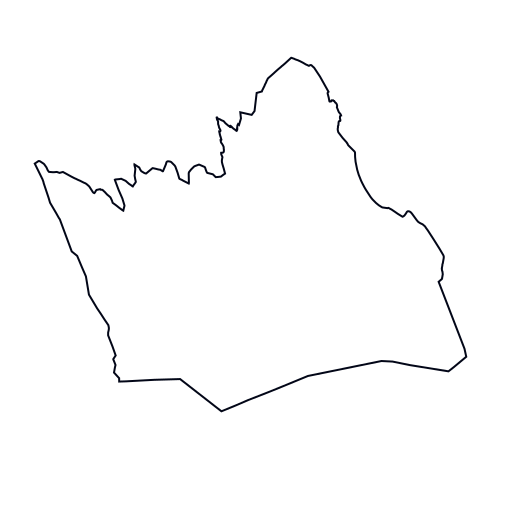 the district of Hattfjelldal nor, Nordland, Norway, rotated 70°
{"feature_id": "86288312B94479588968211", "entity_name": "Hattfjelldal nor", "entity_type": "district", "adm_level": 2, "iso_a3": "NOR", "parent_name": "Norway", "parent_adm1": "Nordland", "projection": "robinson", "projection_center": [13.925, 65.5], "detail": "fine", "context": "isolated", "style": "outline", "palette": "ink", "viewbox_px": 512, "rotation_deg": 70, "n_neighbors": 0, "source": "geoboundaries", "source_scale": "gbopen_adm2", "svg_char_len": 5993}
<svg xmlns="http://www.w3.org/2000/svg" viewBox="0 0 512 512"><g transform="rotate(70 256 256)"><path d="M87.4,148.7L86.7,149.3L84.6,151.9L83.9,152.5L81.9,154.9L81.8,155.2L85.0,162.9L86.2,166.1L86.4,166.9L86.8,167.7L88.1,171.3L89.1,173.8L89.8,175.5L89.9,175.8L90.2,176.4L92.1,181.2L93.0,183.6L93.4,184.3L94.7,185.6L95.2,186.2L96.5,187.3L98.1,189.1L98.8,189.6L102.6,193.6L103.4,194.2L103.0,199.6L114.1,205.2L119.3,207.8L121.9,211.8L115.6,221.6L121.6,223.1L127.0,227.1L125.9,227.7L126.9,228.8L128.2,229.4L128.4,229.5L128.6,229.7L128.9,229.7L129.4,230.0L129.9,230.0L130.2,230.3L130.9,230.4L131.1,230.7L131.0,230.8L131.5,231.0L131.8,231.4L131.7,231.5L131.2,231.9L131.1,232.0L130.6,232.1L130.3,232.4L129.9,232.7L128.6,233.6L128.1,233.9L127.9,234.0L126.6,234.5L126.2,234.8L125.8,234.9L125.5,235.1L125.5,235.3L125.4,235.4L124.8,235.7L124.8,235.8L125.2,236.0L125.9,236.1L126.0,236.1L125.9,236.3L124.8,236.6L124.7,236.7L124.6,237.1L124.3,237.3L120.8,239.3L118.4,240.2L118.1,240.4L117.8,240.7L117.0,241.6L116.3,242.3L115.6,242.8L114.7,243.8L113.8,244.8L112.8,245.2L112.4,245.3L112.4,245.6L112.6,245.7L113.3,245.7L114.0,245.9L114.7,245.9L115.2,245.8L115.5,245.8L116.1,245.6L116.5,245.6L117.2,245.8L117.9,246.1L119.2,246.5L121.1,246.5L122.0,246.7L123.4,246.7L124.7,246.5L125.7,246.4L125.8,246.5L126.5,246.8L126.7,247.1L126.8,247.4L126.9,247.6L126.6,248.0L127.7,248.2L128.3,248.2L128.8,248.3L129.2,248.3L129.6,248.5L130.0,248.4L131.7,248.6L131.9,248.5L134.0,248.7L134.8,248.7L135.1,248.9L135.4,249.3L135.2,249.7L135.7,249.8L137.2,250.0L138.0,249.9L138.6,249.6L139.3,249.5L140.8,249.2L142.4,249.1L143.1,249.3L144.4,249.7L145.2,249.8L147.0,250.6L147.3,251.0L147.5,251.4L147.5,251.8L147.5,252.2L147.2,253.0L147.1,253.4L147.5,253.5L148.0,253.8L148.7,253.9L151.6,253.7L152.9,254.5L153.6,254.9L154.3,255.3L156.0,255.9L158.7,256.2L162.6,256.4L168.0,256.9L168.5,259.0L169.4,261.8L168.7,264.8L168.1,266.9L164.6,268.5L164.3,268.8L162.7,271.2L161.6,272.8L161.3,273.3L160.9,273.5L160.4,273.6L158.6,273.7L155.5,273.6L154.8,273.8L151.2,277.6L150.6,278.3L150.6,282.4L150.7,283.5L152.5,287.4L153.8,289.5L154.4,290.4L155.4,291.0L164.5,294.1L164.9,294.4L160.2,298.8L159.4,299.4L157.4,301.4L157.0,301.6L150.9,301.2L144.4,301.2L143.1,301.5L138.8,303.5L138.1,304.1L137.1,305.8L136.9,306.4L136.8,306.9L137.0,307.6L137.3,308.1L139.0,309.3L141.3,311.4L144.5,314.4L144.5,314.7L143.0,315.9L142.4,316.2L141.2,318.3L139.8,320.3L138.1,323.0L138.1,323.3L139.9,328.3L140.7,330.5L140.9,330.9L140.8,331.3L139.9,332.5L137.3,334.6L136.7,334.9L134.9,335.3L133.3,335.4L132.8,335.5L132.0,336.2L128.4,338.9L128.8,339.1L132.9,339.6L139.0,342.6L142.3,343.2L145.0,343.5L145.4,343.7L146.3,344.9L147.6,346.9L148.5,348.0L148.2,348.3L147.3,348.8L144.7,350.7L140.8,352.8L137.5,356.1L137.3,356.3L137.0,358.1L136.1,361.6L136.0,362.3L136.1,362.6L147.0,362.5L156.3,361.9L163.3,362.3L163.8,362.4L166.3,364.1L168.0,365.2L167.8,365.4L167.6,365.6L163.7,368.2L161.7,369.4L159.8,370.6L157.0,372.5L154.8,372.4L151.4,372.7L151.0,372.8L149.7,373.5L147.3,374.9L143.9,376.3L142.7,377.0L142.2,377.1L141.1,378.0L140.5,379.4L139.9,379.6L139.7,380.8L139.4,383.2L139.8,384.0L141.2,385.6L141.6,386.4L141.2,386.9L140.4,387.4L133.7,388.9L132.5,389.5L130.5,390.6L129.4,391.4L128.1,392.8L125.0,395.7L123.6,397.2L121.8,398.9L121.0,399.8L118.3,402.3L111.0,408.7L110.7,412.2L108.9,414.4L108.2,417.0L107.8,418.2L106.2,421.7L105.9,421.9L104.1,422.4L101.1,422.6L97.4,423.6L96.6,424.0L95.1,425.1L93.2,426.5L92.6,427.3L92.4,428.0L92.7,429.0L93.5,432.3L110.0,430.5L110.6,430.4L113.5,430.4L115.1,430.6L130.3,431.0L135.5,431.3L147.5,429.1L153.0,428.2L154.4,427.8L188.7,427.6L194.7,424.0L207.1,423.4L217.0,422.8L235.2,426.2L250.9,423.2L257.2,421.6L263.8,420.1L270.5,418.4L272.5,418.7L273.4,418.9L274.4,419.3L275.8,420.1L277.3,421.1L280.0,422.1L292.1,421.8L301.5,421.9L304.0,425.3L304.6,425.5L305.5,425.4L310.4,425.3L312.5,426.7L317.0,429.3L324.0,426.4L327.2,427.5L329.3,421.1L337.6,393.8L345.7,369.4L390.1,341.6L389.5,326.2L388.7,312.7L388.2,291.3L387.6,274.5L386.5,248.2L397.6,174.0L401.9,163.8L411.1,148.8L430.2,114.6L428.0,107.9L422.6,92.9L414.5,91.8L342.7,93.2L341.2,89.2L340.9,89.0L340.5,88.8L340.4,88.6L339.9,88.4L339.4,88.1L338.9,87.8L338.6,87.6L338.1,87.4L337.4,86.9L336.4,86.6L334.7,86.2L334.1,86.1L333.6,86.2L333.0,86.1L332.1,85.9L331.3,85.7L331.0,85.4L330.8,85.4L330.2,85.1L330.0,84.9L328.7,84.2L328.2,83.9L327.6,83.7L326.8,83.0L322.5,80.5L321.2,79.9L320.4,79.7L319.9,79.7L319.3,79.7L311.8,81.1L300.7,83.5L290.7,85.8L287.6,86.7L286.6,86.9L285.9,87.1L283.2,88.6L281.6,90.2L280.9,90.8L279.7,91.7L279.2,92.0L277.6,92.6L277.0,92.8L270.4,94.7L269.1,95.1L267.7,95.7L266.7,96.5L266.1,97.4L266.0,97.7L265.9,98.1L266.0,98.7L266.2,99.2L267.2,100.4L267.9,101.4L268.8,102.8L269.2,104.3L269.2,104.9L264.9,108.3L262.2,110.2L258.6,112.8L257.8,113.6L256.5,114.7L256.1,115.1L256.0,115.3L256.0,116.1L253.6,120.6L253.1,121.1L250.4,123.2L247.2,125.1L242.6,127.2L240.2,128.0L239.1,128.3L231.3,130.1L228.6,130.6L224.1,131.2L221.1,131.5L217.4,131.6L214.8,131.7L209.5,131.4L201.5,130.2L196.8,129.0L193.3,127.8L192.7,127.6L192.1,127.6L191.5,127.7L183.8,131.3L182.8,131.6L181.7,131.6L181.3,131.7L181.3,131.8L181.0,131.9L180.2,132.0L174.7,134.2L168.0,136.3L167.4,136.3L165.7,136.1L164.6,135.8L163.0,134.9L162.0,134.6L161.8,134.4L161.4,133.9L158.7,132.7L158.2,132.4L157.9,132.1L157.7,131.6L157.8,131.5L157.9,130.9L157.8,130.6L157.5,130.4L157.0,130.2L155.2,130.0L154.2,129.6L153.5,129.3L153.4,129.2L153.1,128.5L153.1,128.0L151.8,128.0L151.4,128.2L150.9,128.3L149.3,128.9L148.5,129.0L144.5,129.1L144.2,129.2L143.6,129.0L142.9,128.5L142.7,128.4L141.2,128.2L140.5,128.3L139.7,128.5L138.8,129.1L137.1,129.5L136.9,129.9L136.0,130.4L136.0,130.5L136.1,130.9L135.6,131.6L135.6,131.8L136.4,132.6L136.2,133.5L136.0,134.0L135.6,134.1L132.0,133.5L127.7,133.1L127.0,132.7L126.8,132.4L126.5,131.7L109.3,134.5L98.9,137.0L98.2,137.4L97.1,138.0L96.0,138.5L95.5,138.9L95.3,139.2L95.2,140.2L95.4,141.2L95.3,141.4L94.1,142.5L93.2,143.5L90.4,145.8L87.6,148.4L87.4,148.7Z" fill="none" stroke="#020617" stroke-width="2"/></g></svg>